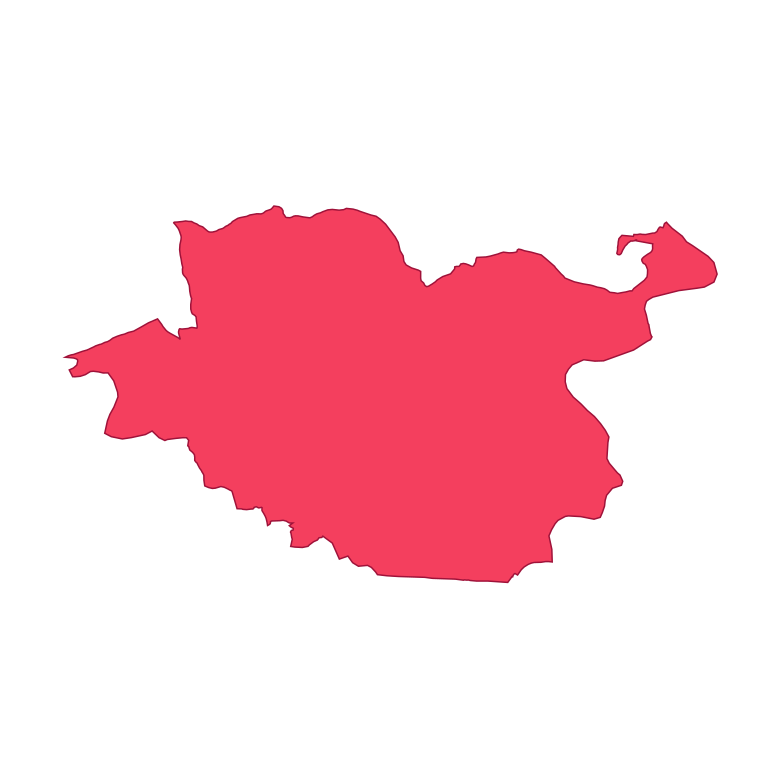 Gadinti, Neamt, Romania (Robinson projection), rotated 186°
{"feature_id": "2599482B80343576594482", "entity_name": "Gadinti", "entity_type": "district", "adm_level": 2, "iso_a3": "ROU", "parent_name": "Romania", "parent_adm1": "Neamt", "projection": "robinson", "projection_center": [27.043, 46.924], "detail": "fine", "context": "isolated", "style": "filled", "palette": "rose", "viewbox_px": 768, "rotation_deg": 186, "n_neighbors": 0, "source": "geoboundaries", "source_scale": "gbopen_adm2", "svg_char_len": 6163}
<svg xmlns="http://www.w3.org/2000/svg" viewBox="0 0 768 768"><g transform="rotate(186 384 384)"><path d="M555.5,525.7L558.1,524.1L559.4,522.8L560.7,521.8L564.4,520.3L566.6,518.6L570.4,517.2L572.5,516.9L574.0,517.0L575.4,517.6L580.7,521.3L584.4,522.2L586.9,523.6L589.6,524.3L592.4,525.5L595.3,525.3L598.3,525.4L601.3,524.6L606.4,523.5L609.5,523.0L609.9,522.6L610.0,522.3L608.0,520.5L605.0,517.3L603.6,515.0L601.4,510.2L601.0,508.5L601.0,506.0L601.5,501.4L601.3,496.2L600.1,491.0L598.9,487.3L597.6,482.4L596.5,479.4L596.3,478.4L596.5,477.3L595.9,473.5L595.3,472.2L594.4,471.1L592.0,468.9L591.1,467.7L589.9,465.7L589.5,464.6L588.0,461.7L587.5,459.5L586.9,456.1L585.7,452.0L584.6,449.3L584.3,449.1L584.5,442.8L584.0,438.3L582.9,435.3L582.0,433.8L579.2,432.4L577.9,431.1L577.0,426.6L575.8,422.1L575.8,420.5L576.0,420.0L581.0,420.2L582.8,419.7L584.4,418.8L590.2,417.6L591.4,417.5L592.9,417.6L593.5,416.9L593.8,414.3L593.6,413.2L591.5,407.7L591.7,407.4L594.0,408.7L602.5,412.3L604.7,413.4L606.4,414.6L609.9,418.1L611.3,420.0L616.0,425.1L624.7,420.2L630.9,415.7L638.5,410.4L643.7,408.5L647.3,406.5L650.4,405.4L654.3,403.6L658.6,401.2L661.1,398.8L663.4,397.2L666.0,396.2L669.5,394.0L670.7,393.7L674.9,391.7L676.3,390.7L683.0,386.7L687.5,384.9L695.9,380.9L698.3,380.2L701.0,379.0L703.8,377.3L695.4,377.4L692.9,376.9L691.4,376.2L691.0,374.6L691.5,370.7L694.6,367.4L698.5,365.1L694.4,358.7L692.0,358.9L686.9,359.9L682.0,362.1L677.3,365.7L674.4,366.3L669.0,366.2L664.5,365.6L659.6,366.2L653.1,358.9L648.1,348.0L647.2,343.4L650.2,332.7L653.4,325.2L655.2,318.4L656.6,305.8L649.7,303.1L638.5,302.0L629.6,304.3L616.0,308.8L609.7,313.0L602.1,307.1L596.0,304.9L593.6,306.2L584.7,308.3L578.2,309.6L574.7,309.9L572.4,307.6L572.7,302.0L571.7,301.4L570.3,298.1L567.2,296.0L565.2,293.9L564.5,291.1L564.4,289.4L564.2,288.1L562.7,286.5L561.3,285.5L561.1,284.8L558.7,281.2L556.5,278.7L555.8,277.5L554.5,275.9L553.6,274.3L553.0,269.3L551.6,263.9L547.6,262.7L543.8,262.2L540.8,262.8L535.5,265.0L532.0,264.6L527.8,263.1L526.3,262.4L524.3,261.8L523.6,260.6L517.1,244.6L512.5,244.9L511.3,244.6L507.5,244.7L502.9,245.8L501.8,245.9L500.9,246.3L500.5,246.9L500.3,247.7L498.2,248.6L495.9,247.7L494.6,247.9L493.4,248.4L492.9,248.5L492.4,248.3L492.2,245.6L491.8,244.9L490.1,242.7L488.2,239.9L487.1,237.8L485.9,234.4L485.0,231.1L483.7,232.0L482.6,233.1L482.4,234.6L482.5,235.3L481.5,236.0L473.2,237.2L470.1,237.9L466.8,237.4L464.4,236.2L463.2,235.9L460.2,236.2L463.4,233.2L462.7,232.8L462.1,232.2L459.1,231.0L459.1,229.4L459.4,229.1L460.8,228.7L461.5,227.0L461.3,226.5L461.0,226.2L459.7,221.6L459.0,220.1L459.8,212.7L455.8,212.5L448.1,212.9L442.6,214.6L441.3,216.3L437.5,219.8L433.9,221.9L432.5,224.3L429.8,224.9L428.9,226.3L418.8,220.4L410.1,205.2L401.9,209.1L396.5,203.0L390.4,200.1L381.4,201.9L377.4,200.3L372.7,196.2L370.6,193.7L361.0,193.6L349.2,194.1L323.3,196.0L315.6,195.8L292.7,197.4L284.5,197.2L284.1,197.3L283.8,197.6L281.0,197.6L279.7,197.9L277.8,197.6L271.1,197.7L259.7,198.9L240.2,199.6L236.5,205.9L235.9,205.7L235.5,207.4L234.6,208.8L233.9,209.2L231.2,208.0L228.2,213.4L227.2,214.7L225.4,216.8L221.7,219.7L218.7,221.3L216.0,222.2L209.3,223.1L204.7,224.3L202.0,224.6L198.1,224.6L199.8,237.1L204.1,250.2L202.1,256.6L199.2,263.0L196.7,266.6L189.8,271.3L186.8,272.1L174.5,272.7L161.0,271.5L155.0,274.0L153.4,279.0L151.9,285.6L151.9,291.2L151.0,296.6L145.9,304.2L137.3,308.1L136.4,312.2L139.8,318.1L142.6,320.0L151.7,328.7L154.5,333.1L155.2,349.2L154.8,354.8L159.1,361.1L164.5,367.2L171.3,373.6L179.0,378.9L185.8,384.6L194.5,390.8L201.6,398.5L204.0,405.1L204.5,412.4L202.1,418.0L198.9,422.7L187.9,429.0L176.7,428.8L168.0,430.0L139.3,443.9L126.4,454.2L123.6,456.0L122.4,458.9L123.1,459.6L124.4,462.2L126.4,469.0L126.8,470.7L127.7,471.8L130.3,479.9L132.8,485.8L132.5,489.7L131.6,493.7L129.3,495.9L125.7,498.5L100.6,507.7L83.1,511.9L75.5,513.9L66.5,519.9L64.2,528.1L68.6,539.3L75.0,544.8L91.5,553.8L98.0,557.0L102.8,562.2L113.8,569.0L118.8,573.2L120.0,574.4L121.5,573.2L122.0,572.4L122.3,570.3L122.9,568.6L125.8,569.0L126.5,568.5L127.6,566.5L128.5,564.1L130.7,562.4L132.4,562.2L139.4,560.0L142.8,559.8L145.0,559.9L147.8,559.1L151.1,558.8L151.4,556.9L162.9,556.7L164.6,554.5L165.6,553.0L165.9,549.7L165.8,547.3L166.0,544.1L165.7,542.5L165.8,540.8L166.1,538.3L165.2,537.3L163.6,537.1L162.8,537.4L161.7,538.6L160.5,542.3L158.6,546.4L157.1,548.1L156.1,549.7L153.4,552.1L152.4,552.0L150.8,552.4L149.7,552.7L149.1,553.4L148.1,553.6L148.3,552.8L131.4,551.5L131.4,549.7L131.0,546.8L131.2,544.9L132.2,543.2L133.1,542.3L135.4,540.6L138.8,537.6L140.3,535.8L140.7,534.5L140.2,533.1L138.8,531.2L136.6,530.3L135.4,528.5L133.8,525.3L133.5,521.2L133.6,518.0L135.9,514.4L145.5,505.1L147.1,502.5L149.2,502.3L153.2,500.8L156.5,499.9L161.1,498.5L164.3,498.8L169.0,498.8L171.9,500.6L174.7,501.8L178.6,502.4L181.9,502.6L186.6,503.6L189.4,504.0L196.5,504.4L205.4,505.5L215.2,508.3L216.7,510.0L219.4,512.0L225.7,517.6L226.6,518.8L236.6,525.8L241.1,528.8L251.4,530.5L258.3,531.2L261.7,532.0L264.2,532.2L265.4,531.2L265.7,529.4L266.9,528.8L269.4,528.1L273.2,527.5L279.0,527.6L281.3,526.7L284.3,525.2L291.7,522.3L295.9,521.0L304.9,519.6L305.5,518.0L305.7,514.5L306.7,512.6L307.2,510.8L308.7,510.1L312.3,511.3L315.1,512.0L317.7,512.2L320.3,511.3L320.5,510.5L321.7,508.8L324.3,508.5L325.9,507.9L325.8,505.8L329.3,500.5L336.8,497.0L342.0,493.0L343.6,491.0L346.5,488.5L350.0,485.9L351.7,485.3L353.6,486.2L355.1,488.6L357.9,490.6L358.6,493.0L359.3,499.8L361.6,500.8L368.7,502.3L374.4,504.7L377.0,507.9L378.4,513.5L381.9,518.2L384.7,526.3L388.3,531.5L399.1,543.1L405.1,547.6L409.4,550.0L414.7,550.7L425.5,553.1L428.7,554.0L433.1,554.7L439.8,554.7L442.3,553.2L446.8,552.2L453.7,552.2L458.1,551.3L462.8,549.0L465.1,547.6L468.6,546.2L471.0,544.5L472.8,542.8L475.1,541.5L481.9,541.7L486.9,542.2L489.6,542.0L491.3,541.5L493.5,540.1L495.2,539.5L498.4,539.4L499.4,539.7L500.3,541.1L501.8,542.7L502.1,543.2L502.6,545.8L503.9,547.6L504.6,548.2L507.0,549.3L512.1,549.5L514.0,546.7L514.6,546.1L515.4,545.6L519.3,543.8L520.0,543.3L521.5,541.7L522.5,541.0L524.1,540.3L528.2,540.0L535.0,538.1L538.0,536.4L544.2,534.5L546.7,533.5L551.7,529.7L553.2,527.6L554.6,526.7L555.5,525.7Z" fill="#f43f5e" stroke="#9f1239" stroke-width="1.5"/></g></svg>